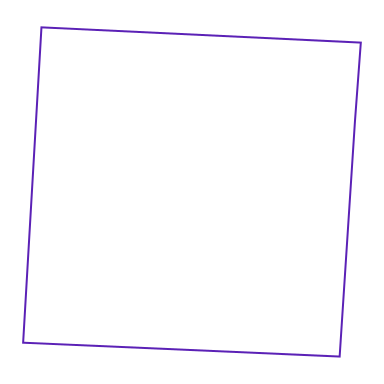 McDonough, Illinois, United States of America, rotated 92°
{"feature_id": "52423323B27317612886822", "entity_name": "McDonough", "entity_type": "district", "adm_level": 2, "iso_a3": "USA", "parent_name": "United States of America", "parent_adm1": "Illinois", "projection": "equal_earth", "projection_center": [-90.715, 40.458], "detail": "fine", "context": "isolated", "style": "outline", "palette": "violet", "viewbox_px": 384, "rotation_deg": 92, "n_neighbors": 0, "source": "geoboundaries", "source_scale": "gbopen_adm2", "svg_char_len": 231}
<svg xmlns="http://www.w3.org/2000/svg" viewBox="0 0 384 384"><g transform="rotate(92 192 192)"><path d="M115.3,31.6L36.8,28.5L32.7,348.2L348.5,355.5L351.3,38.7L115.3,31.6Z" fill="none" stroke="#5b21b6" stroke-width="2"/></g></svg>